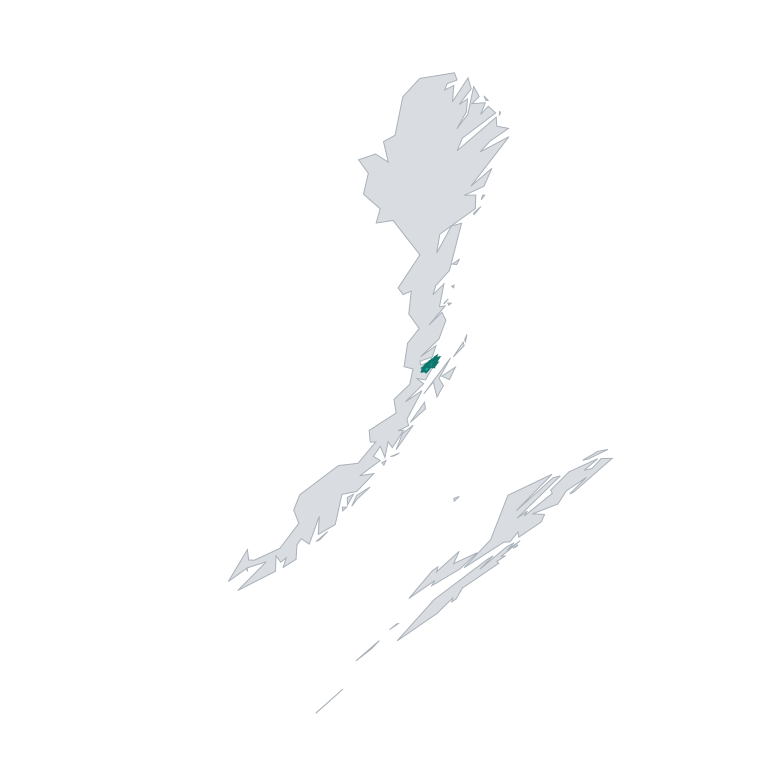 location of Steigen nor, Nordland, Norway, rotated 140°
{"feature_id": "86288312B1701312811751", "entity_name": "Steigen nor", "entity_type": "district", "adm_level": 2, "iso_a3": "NOR", "parent_name": "Norway", "parent_adm1": "Nordland", "projection": "equal_earth", "projection_center": [15.214, 67.838], "detail": "fine", "context": "in_parent", "style": "filled", "palette": "teal", "viewbox_px": 768, "rotation_deg": 140, "n_neighbors": 0, "source": "geoboundaries", "source_scale": "gbopen_adm2", "svg_char_len": 8788}
<svg xmlns="http://www.w3.org/2000/svg" viewBox="0 0 768 768"><g transform="rotate(140 384 384)"><path d="M455.0,340.0L427.4,344.9L431.9,348.3L425.2,358.0L393.3,354.0L386.3,365.8L364.6,367.2L352.1,376.8L357.5,384.4L339.7,400.1L321.4,403.9L320.0,421.7L303.4,437.6L311.9,440.2L311.5,448.5L273.5,459.8L271.9,503.5L286.5,512.3L274.3,520.7L277.7,542.6L260.6,555.4L259.3,572.1L242.6,565.6L238.1,551.1L228.6,570.0L215.7,567.4L185.0,591.9L160.2,595.1L130.0,577.1L132.6,569.9L142.6,573.5L148.4,570.2L138.6,567.8L150.2,556.2L122.9,564.5L127.4,554.1L146.8,549.8L136.8,548.7L146.0,539.5L164.2,532.7L146.5,536.7L124.1,554.2L126.3,543.1L136.4,542.2L125.6,534.3L136.7,528.4L125.6,529.7L124.2,519.9L165.9,522.0L178.0,515.7L126.5,516.3L131.9,509.1L124.4,499.8L146.4,501.9L161.1,500.0L129.3,493.1L190.3,479.7L162.7,479.9L180.3,471.2L201.2,477.0L192.2,469.7L201.3,459.7L245.0,462.9L259.4,450.5L230.8,461.7L221.3,457.3L260.8,428.9L281.0,426.1L289.2,420.9L273.7,422.2L291.8,407.6L287.0,404.5L311.5,400.3L293.6,401.7L295.5,393.1L313.1,383.1L338.4,381.4L319.6,380.0L329.6,373.7L341.8,378.4L343.7,374.8L326.5,369.0L349.6,360.5L355.5,367.5L353.4,358.8L379.1,356.6L359.2,354.5L389.1,342.3L391.9,336.3L403.3,339.2L398.6,335.9L418.5,329.9L418.0,337.1L430.4,327.2L426.9,338.7L438.6,335.3L436.0,327.8L461.5,329.3L449.4,321.9L474.0,319.2L487.2,326.5L511.7,307.7L531.0,311.1L518.6,324.2L544.2,309.4L546.8,318.6L554.1,316.7L564.1,306.2L579.1,308.3L570.7,313.7L577.6,313.8L577.3,321.6L587.5,310.3L628.7,319.8L588.5,323.5L606.8,331.0L630.2,332.8L595.1,344.9L600.8,336.2L596.6,332.4L569.4,325.0L538.8,332.0L534.2,345.5L519.7,353.3L471.3,350.8L455.0,340.0ZM352.1,177.3L379.2,180.0L376.5,184.5L388.9,182.1L393.9,185.8L440.8,191.8L402.5,196.1L360.6,219.1L313.3,206.9L364.0,201.9L315.0,203.5L307.9,200.3L368.3,195.6L355.8,194.6L361.5,192.7L325.4,192.0L324.5,195.6L298.8,197.8L268.3,189.4L286.1,189.3L279.0,185.5L265.7,187.3L257.0,180.4L308.5,179.3L312.4,180.4L289.0,182.4L312.9,185.0L327.9,180.3L353.9,189.1L344.9,180.9L352.1,177.3ZM411.3,172.9L455.1,177.3L466.9,173.0L472.2,173.5L469.0,175.9L490.8,174.2L539.0,178.8L484.4,186.6L418.6,183.3L410.8,182.2L429.7,180.5L394.5,180.4L386.4,178.6L396.6,177.5L380.5,176.4L404.8,176.6L401.9,174.4L411.7,175.5L411.3,172.9ZM444.8,193.5L477.1,198.8L471.5,200.8L502.8,203.7L466.8,209.9L460.3,209.3L464.5,206.3L434.0,207.5L446.2,201.6L421.0,194.9L444.8,193.5ZM344.9,353.9L359.8,350.9L316.2,361.3L338.3,352.9L339.6,344.5L351.8,340.0L344.9,353.9ZM368.2,338.3L388.5,337.7L364.7,344.0L368.2,338.3ZM388.1,333.7L416.9,325.9L401.7,334.2L388.1,333.7ZM254.4,189.9L276.0,195.4L280.9,197.8L263.8,195.1L254.4,189.9ZM331.1,345.3L334.6,352.8L318.5,351.0L331.1,345.3ZM487.4,311.1L476.5,316.2L460.8,314.0L478.7,313.1L487.4,311.1ZM489.7,314.8L485.1,320.7L478.4,319.1L489.7,314.8ZM297.9,361.9L313.5,360.2L296.5,365.2L297.9,361.9ZM646.8,175.8L611.7,176.7L648.0,175.6L646.8,175.8ZM563.1,189.2L583.6,189.9L552.6,190.5L563.1,189.2ZM521.9,307.2L533.4,305.9L537.3,307.1L521.9,307.2ZM497.2,313.3L495.1,316.4L491.8,313.7L497.2,313.3ZM436.3,321.9L436.2,325.1L431.7,324.0L436.3,321.9ZM405.5,249.0L404.1,251.5L398.6,249.5L405.5,249.0ZM537.7,192.3L528.2,192.0L527.2,191.3L537.7,192.3ZM251.5,428.8L254.5,431.9L245.9,431.2L251.5,428.8ZM416.5,321.2L422.4,322.4L425.8,324.3L416.5,321.2ZM386.8,174.2L390.8,175.3L384.6,174.9L386.8,174.2ZM205.6,457.3L195.6,457.7L206.2,455.8L205.6,457.3ZM191.0,462.6L187.1,465.3L185.5,463.9L191.0,462.6ZM293.9,366.0L288.6,368.7L294.4,364.1L293.9,366.0ZM123.7,535.7L122.2,540.4L121.9,534.3L123.7,535.7ZM282.9,405.1L280.7,402.7L283.8,402.8L282.9,405.1ZM609.0,328.0L608.1,330.6L607.6,330.1L609.0,328.0ZM285.6,407.4L280.0,407.9L286.8,406.8L285.6,407.4ZM268.9,413.0L269.4,415.3L266.7,414.6L268.9,413.0ZM122.6,516.0L120.0,518.8L120.7,516.5L122.6,516.0Z" fill="#d9dde1" stroke="#a8b0b8" stroke-width="1"/><path d="M347.0,369.6L347.7,369.3L347.7,369.1L347.9,369.1L347.1,368.9L347.0,368.6L346.5,368.6L346.1,368.3L345.7,368.4L344.6,368.2L344.8,368.1L345.0,367.8L344.8,367.6L343.9,367.2L344.2,366.8L344.2,366.6L344.7,366.6L344.8,366.5L344.8,366.3L344.6,366.1L344.2,366.1L344.5,366.0L344.5,365.7L342.7,365.9L342.9,366.1L342.1,366.1L341.6,366.1L341.6,366.5L340.9,366.6L340.8,366.8L340.5,366.9L340.8,366.6L341.1,366.4L340.5,366.3L339.7,366.5L339.2,366.5L338.8,366.6L339.2,366.6L337.7,366.8L336.8,367.1L336.7,367.1L336.8,367.0L337.2,366.8L336.7,366.8L335.8,367.1L335.6,367.3L334.1,368.1L333.7,368.2L334.0,367.9L334.4,367.7L335.3,367.4L335.2,367.4L334.6,367.4L334.4,367.3L334.2,367.3L334.2,367.2L334.8,367.1L334.0,367.1L333.9,367.1L333.7,367.2L333.9,367.2L333.0,367.3L332.6,367.1L332.0,367.1L332.3,367.0L330.6,367.0L327.5,367.6L328.2,367.5L327.9,367.6L328.3,367.6L328.1,367.7L328.5,367.7L327.1,367.9L327.4,367.9L327.3,368.0L327.5,368.0L328.6,368.0L329.7,367.8L329.9,367.9L332.1,367.6L332.4,367.7L332.6,367.6L332.4,367.6L332.6,367.6L333.0,367.8L332.9,367.8L332.7,367.7L332.3,367.9L332.3,368.1L332.2,368.1L332.1,367.9L331.7,368.0L331.8,367.9L331.5,367.8L330.8,367.9L330.5,368.1L329.3,368.1L328.1,368.3L328.4,368.4L328.1,368.5L326.7,368.2L326.8,368.2L326.5,368.3L326.7,368.5L326.2,368.5L326.3,368.6L326.0,368.8L325.7,369.1L326.2,369.0L325.7,369.2L326.1,369.1L326.3,369.3L327.3,369.0L327.5,369.1L327.3,369.2L327.2,369.3L327.4,369.3L327.2,369.4L327.6,369.3L327.4,369.4L327.9,369.4L328.0,369.4L327.2,369.6L326.9,369.7L327.2,369.7L327.1,369.8L328.2,369.6L328.4,369.4L328.0,369.6L331.3,369.3L330.6,369.5L330.3,369.7L330.2,369.8L330.9,369.7L331.1,369.8L330.9,369.9L330.7,370.0L331.7,369.9L333.1,369.9L332.2,370.1L331.3,370.1L331.1,370.3L330.6,370.2L329.8,370.1L328.8,370.3L328.3,370.5L327.9,370.4L326.8,370.5L326.8,370.4L326.3,370.4L325.9,370.7L326.1,370.6L326.3,370.6L326.1,370.7L326.6,370.6L326.8,370.7L326.5,370.9L327.9,370.7L328.3,370.8L328.4,371.0L327.3,371.3L325.6,371.5L325.3,371.7L325.5,371.7L325.3,371.8L326.1,371.9L325.8,372.0L326.7,372.0L327.2,372.1L328.8,372.0L329.4,371.9L329.9,371.7L331.4,371.4L332.3,371.0L332.6,371.0L333.1,370.8L333.3,370.9L333.6,370.8L334.4,370.4L334.2,370.4L334.3,370.3L334.0,370.3L334.2,370.1L335.0,369.9L335.8,369.6L336.4,369.3L337.7,369.1L337.8,368.6L338.0,368.5L337.7,368.3L337.6,368.0L337.5,367.9L337.6,367.7L337.3,367.6L337.8,367.7L337.9,367.9L337.8,368.0L338.0,368.3L338.6,368.2L338.5,367.9L338.5,367.7L338.9,368.1L339.1,368.1L339.1,368.3L339.0,368.5L338.5,368.7L338.4,368.6L338.6,368.5L338.3,368.7L338.8,369.0L339.2,368.9L339.2,369.0L339.3,369.1L340.0,369.2L340.0,369.3L341.6,369.6L342.1,369.4L342.0,369.5L343.1,369.7L344.2,370.1L344.5,369.9L344.4,369.8L344.4,369.6L345.6,369.5L346.3,369.7L347.0,369.6ZM342.2,369.9L340.1,369.8L339.4,369.9L339.0,370.1L338.6,370.0L338.3,370.1L338.1,370.2L338.9,370.5L339.4,370.8L341.1,370.8L342.3,371.2L342.9,371.4L342.9,371.5L342.0,371.4L341.0,371.0L340.7,371.0L340.0,371.1L340.3,371.4L340.7,371.5L339.5,371.2L339.3,371.3L338.1,371.1L338.1,370.9L337.8,370.8L336.3,370.4L336.0,370.5L335.8,370.7L335.4,370.8L335.3,371.0L335.1,371.1L336.7,371.2L336.8,371.3L336.7,371.4L335.7,371.4L334.8,371.5L334.6,371.8L333.9,372.0L333.7,372.2L333.8,372.3L333.5,372.6L334.3,372.3L334.9,372.4L335.4,372.0L336.3,372.1L336.6,372.2L336.8,372.4L337.0,372.5L337.6,372.1L337.7,371.9L338.1,371.9L338.6,372.3L339.4,372.5L339.9,372.4L340.1,372.1L340.4,372.1L341.1,372.3L342.5,371.7L344.3,371.9L344.1,371.7L344.3,371.6L344.2,371.5L344.2,371.2L344.4,371.1L342.4,371.0L342.2,370.7L342.4,370.6L342.0,370.4L342.2,369.9ZM332.7,365.1L332.3,365.1L332.0,365.3L331.9,365.5L331.5,365.5L331.4,365.6L331.7,365.7L331.3,365.8L330.2,365.6L329.5,365.8L330.1,365.8L329.9,365.9L330.2,366.0L329.6,366.1L329.4,366.1L329.9,366.4L329.9,366.5L329.7,366.7L329.9,366.7L329.6,366.8L330.0,366.7L329.7,366.9L330.8,366.7L331.0,366.8L332.3,366.7L332.9,366.8L332.7,366.9L332.9,366.9L333.6,366.9L335.2,366.7L335.0,366.8L335.3,366.8L336.6,366.4L336.3,366.3L336.3,366.2L336.0,366.2L335.6,366.3L336.3,366.3L335.1,366.5L335.2,366.4L335.4,366.3L335.3,366.2L335.1,366.2L335.0,366.4L334.6,366.5L334.6,366.3L335.0,366.3L334.8,366.3L334.8,366.2L335.0,366.2L334.8,366.1L334.1,366.1L333.8,366.0L333.7,366.0L333.8,366.1L332.7,366.0L333.1,365.9L332.2,365.5L332.8,365.3L332.7,365.1ZM334.7,364.2L334.6,364.3L334.8,364.4L334.7,364.5L334.3,364.6L334.2,364.8L333.6,364.8L333.8,364.9L333.8,365.1L333.7,365.0L333.8,365.1L333.4,365.1L333.6,365.2L333.9,365.5L333.6,365.5L333.9,365.6L334.2,365.8L334.5,365.7L334.4,365.7L334.6,365.8L335.0,365.7L334.9,365.8L335.0,365.8L335.4,365.7L335.8,365.8L336.0,365.7L336.0,365.4L335.9,365.4L335.4,365.2L335.5,365.1L335.3,365.0L335.3,364.9L335.1,364.7L334.9,364.5L334.7,364.2ZM332.8,371.9L331.0,372.0L331.4,372.1L330.8,372.2L330.7,372.2L330.9,372.2L330.6,372.3L331.5,372.3L332.2,372.3L332.8,371.9ZM324.9,368.7L324.4,368.9L324.0,368.9L324.1,369.0L323.8,369.0L323.7,369.0L324.1,369.0L324.7,369.0L324.6,368.9L324.7,369.0L324.9,368.7Z" fill="#14b8a6" stroke="#0f766e" stroke-width="1.5"/></g></svg>